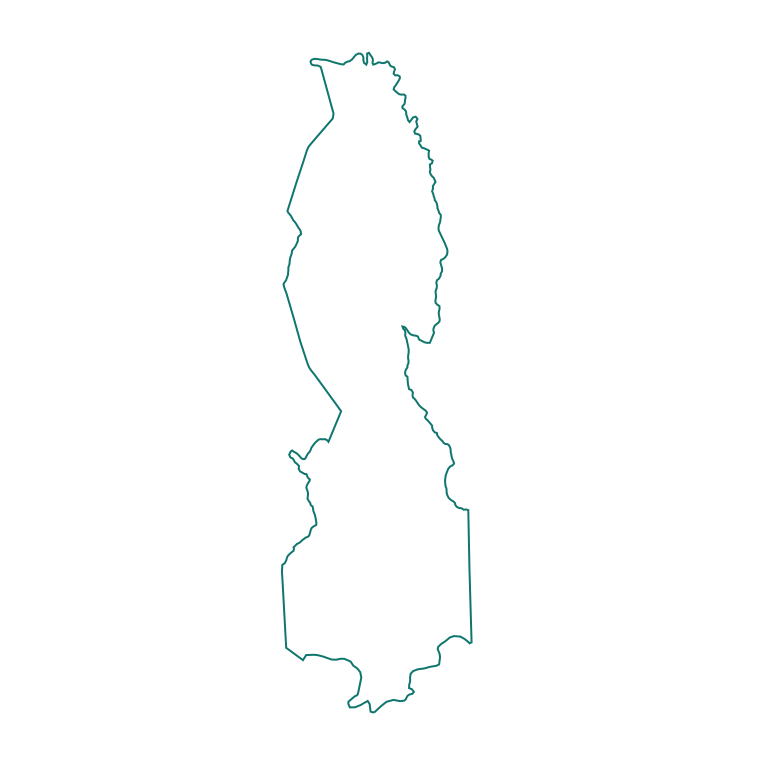 Rodrigues Alves, Acre, Brazil (orthographic projection), rotated 276°
{"feature_id": "56859067B4793362369787", "entity_name": "Rodrigues Alves", "entity_type": "district", "adm_level": 2, "iso_a3": "BRA", "parent_name": "Brazil", "parent_adm1": "Acre", "projection": "orthographic", "projection_center": [-73.114, -7.862], "detail": "fine", "context": "isolated", "style": "outline", "palette": "teal", "viewbox_px": 768, "rotation_deg": 276, "n_neighbors": 0, "source": "geoboundaries", "source_scale": "gbopen_adm2", "svg_char_len": 6134}
<svg xmlns="http://www.w3.org/2000/svg" viewBox="0 0 768 768"><g transform="rotate(276 384 384)"><path d="M576.0,276.0L546.0,269.9L544.3,270.9L543.0,272.4L541.4,273.9L539.5,275.2L537.3,276.7L535.5,278.7L533.5,280.4L530.5,282.5L529.3,283.8L527.3,285.1L524.4,285.9L523.0,284.6L521.0,283.2L518.8,283.2L517.2,283.4L515.6,282.8L513.8,282.3L511.1,281.3L509.3,280.1L507.1,278.7L504.5,278.6L502.2,278.2L500.4,277.7L498.2,277.4L492.8,277.4L490.2,276.7L487.2,277.0L485.5,277.0L482.6,277.1L479.7,276.4L476.8,275.7L474.6,274.4L472.8,273.6L469.2,274.9L464.0,277.5L438.9,287.8L417.5,296.3L395.7,306.1L393.0,307.6L390.2,309.8L385.9,314.1L356.5,340.6L352.4,344.2L320.7,334.8L322.1,333.4L323.0,331.2L322.6,329.0L322.5,326.5L321.7,324.5L320.3,323.4L319.2,322.3L317.0,320.7L314.8,319.5L313.2,318.5L311.1,318.0L308.9,317.2L306.6,315.5L304.8,314.7L302.9,314.0L301.3,313.3L300.8,311.5L301.5,309.6L303.2,307.8L305.0,305.8L306.4,303.4L307.2,301.4L308.3,299.6L306.8,298.1L303.8,297.1L301.2,298.6L300.3,301.1L298.7,302.4L296.9,303.5L295.5,305.8L293.5,308.1L290.7,308.0L288.3,309.7L287.2,312.4L286.2,314.5L286.2,316.4L283.9,317.4L282.5,318.5L281.4,320.2L279.7,320.1L278.1,319.1L274.9,317.8L272.7,317.6L270.6,318.6L268.9,319.4L266.4,320.0L262.0,319.9L259.3,321.8L258.0,323.1L255.9,323.8L254.9,325.6L253.0,326.4L250.4,327.0L248.4,328.0L246.8,328.8L245.1,329.5L240.9,330.7L238.7,331.3L236.7,331.3L235.4,329.3L233.3,327.1L231.1,326.4L227.6,325.9L225.5,325.4L224.1,324.3L223.1,322.2L221.2,320.2L219.8,318.7L217.8,317.1L216.6,315.4L215.6,313.9L213.9,312.7L212.1,311.1L210.6,311.7L208.7,311.5L206.6,309.3L204.1,307.1L202.7,306.2L200.7,305.5L198.6,305.3L195.4,304.0L193.5,301.8L187.0,302.1L174.2,304.2L111.4,314.3L100.9,332.3L106.3,334.9L107.4,342.7L107.4,346.5L106.6,351.9L104.5,360.6L104.8,365.3L106.3,369.9L106.5,373.4L104.5,379.8L100.6,383.0L98.3,387.2L94.9,390.5L89.7,392.1L73.2,390.5L71.7,389.8L70.2,387.4L64.4,381.9L62.3,381.9L58.8,383.8L59.5,389.1L62.2,394.2L67.1,400.9L64.1,403.2L56.8,404.9L56.2,407.4L56.9,409.1L63.6,415.0L68.2,419.7L70.8,426.4L70.3,433.3L71.1,437.0L72.5,438.5L76.2,439.9L77.7,441.5L79.0,444.7L80.9,445.9L83.4,443.6L84.2,440.7L87.3,440.5L91.0,441.1L95.1,440.6L98.6,440.8L101.5,442.9L103.7,447.2L105.4,454.0L107.5,459.2L109.3,465.6L110.9,468.1L118.1,468.3L121.2,467.6L126.0,465.1L128.1,465.3L131.4,468.0L134.4,471.7L138.8,476.0L140.6,479.9L140.8,486.2L139.0,490.5L136.7,494.2L135.1,496.2L136.2,498.1L208.4,488.4L267.4,481.0L267.8,478.8L267.3,476.4L268.5,474.2L268.5,471.8L269.3,469.4L271.3,467.5L273.0,467.1L274.5,465.1L275.2,463.6L276.3,461.8L277.5,460.2L280.0,458.6L282.3,457.7L284.4,457.4L286.6,457.0L289.1,455.8L293.4,454.9L296.0,454.8L299.4,454.9L301.1,455.3L302.8,455.7L306.2,456.7L308.6,458.1L310.4,460.8L312.2,462.0L314.4,461.1L317.2,459.4L319.0,458.8L321.0,458.3L323.1,457.5L325.9,457.1L328.0,456.3L329.9,455.0L330.8,453.5L330.8,451.1L331.7,449.4L333.1,448.3L335.3,445.5L337.0,443.7L338.9,442.2L340.8,441.7L341.1,439.7L343.2,437.5L345.5,436.5L347.6,436.2L349.4,434.4L352.7,430.9L353.7,429.3L355.4,428.2L357.5,429.1L360.0,429.8L361.8,428.3L364.0,424.5L365.3,422.6L366.9,420.8L371.1,417.3L372.6,415.8L373.7,414.1L376.1,413.5L378.4,413.7L380.8,412.0L381.6,409.4L385.7,408.1L387.9,407.5L389.9,407.2L393.8,406.5L394.6,404.8L396.5,403.9L398.5,403.8L400.9,404.4L402.7,405.5L405.0,405.4L407.1,406.1L409.6,406.0L412.5,405.2L415.5,405.1L417.6,405.2L420.8,405.0L425.9,403.4L428.6,402.5L431.1,401.7L434.3,400.0L437.3,399.9L439.6,399.1L441.0,397.3L443.1,396.4L442.9,398.3L441.9,399.8L440.1,401.4L438.1,403.0L436.9,404.3L436.0,405.8L435.5,407.6L435.4,409.5L435.3,411.3L434.7,412.9L432.8,413.7L431.7,414.7L431.0,416.7L429.8,419.6L429.4,422.4L429.8,425.3L440.2,428.4L442.1,427.6L444.1,427.4L447.0,428.2L448.9,429.8L450.4,431.5L452.0,432.6L453.9,432.7L456.6,432.0L459.5,431.1L461.2,431.0L464.9,431.4L467.3,431.0L468.4,428.8L470.0,426.9L472.3,426.4L474.6,426.6L476.5,426.7L478.5,426.2L481.1,425.6L483.1,425.8L484.7,426.4L487.6,426.3L490.3,425.4L492.7,425.8L494.4,427.6L497.4,428.9L499.7,428.9L502.3,430.0L505.0,429.7L510.8,427.3L513.2,427.7L514.9,430.2L516.3,431.6L519.4,433.2L522.3,433.3L524.8,432.7L530.3,429.8L542.4,422.4L544.7,421.9L547.8,422.0L549.9,422.6L551.7,422.9L553.6,422.9L555.8,423.1L558.3,422.7L559.7,421.1L561.5,420.3L563.1,419.6L564.5,418.7L566.2,418.6L568.5,417.8L570.6,416.8L572.2,415.2L573.9,414.9L575.7,413.9L578.2,413.1L580.6,411.7L583.4,412.3L585.9,411.9L590.4,414.1L591.9,413.3L594.3,411.9L595.6,410.1L597.5,408.4L599.8,407.4L602.0,407.8L604.1,407.2L607.1,406.7L608.5,408.6L611.1,409.1L612.1,407.7L612.5,405.8L614.7,404.6L616.7,404.5L618.4,404.2L620.7,404.5L621.7,402.2L622.6,399.3L623.0,396.9L625.1,395.4L626.9,393.8L629.0,393.5L629.5,395.1L631.6,394.9L634.7,394.1L635.9,392.2L636.4,388.6L638.5,387.7L640.7,388.7L643.4,390.5L645.9,389.6L648.4,388.6L651.1,389.6L653.2,387.5L652.1,385.0L649.7,383.6L647.2,382.0L648.9,380.3L651.5,379.3L654.5,377.9L656.8,377.6L658.4,376.6L659.4,375.2L660.4,373.5L662.2,373.3L664.5,375.0L666.4,375.3L668.4,375.2L670.6,375.5L672.9,375.3L674.0,373.7L673.6,371.0L673.8,368.8L675.1,366.7L676.5,364.6L678.0,362.8L680.4,363.2L681.8,364.2L685.8,366.2L687.5,367.0L689.9,367.9L691.6,367.4L692.5,365.3L692.1,362.8L693.6,361.1L696.1,361.5L698.2,362.0L700.1,360.7L700.4,358.8L701.1,357.1L702.6,356.1L704.3,355.1L705.2,353.5L703.5,351.4L702.9,348.6L703.4,346.2L703.1,344.5L701.6,342.3L700.5,340.0L702.2,339.0L705.2,339.1L706.8,338.5L708.6,337.2L709.8,336.0L711.8,334.5L710.9,332.7L708.0,333.1L706.1,333.1L702.4,333.7L699.8,333.0L701.4,330.5L704.0,329.6L706.7,329.4L709.0,328.0L710.0,326.5L710.0,324.1L708.3,321.5L705.6,319.7L703.7,318.5L701.6,316.3L700.3,313.0L699.1,311.5L697.6,310.5L697.5,308.5L697.7,306.5L698.8,299.7L699.3,297.6L700.2,292.7L700.2,290.9L700.0,288.0L700.0,286.3L700.2,284.1L700.2,281.6L699.8,280.0L698.9,278.2L697.2,277.2L695.1,277.9L693.8,279.3L693.6,282.1L693.8,284.9L692.8,287.8L690.3,288.9L647.8,305.5L645.6,305.5L642.5,305.2L641.0,304.1L638.1,302.1L636.3,300.8L633.6,298.9L631.7,297.7L630.4,296.6L629.0,295.8L627.6,294.8L625.6,293.4L622.9,291.5L620.4,289.8L614.9,286.0L612.1,284.2L608.5,283.0L606.3,282.5L596.5,280.5L576.0,276.0Z" fill="none" stroke="#0f766e" stroke-width="2"/></g></svg>